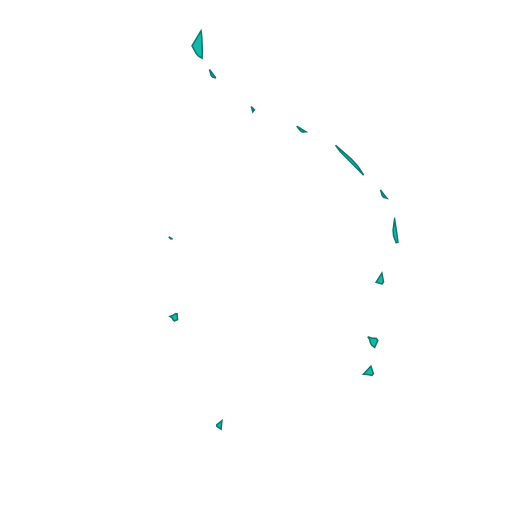 the border of Laamu, rotated 300°
{"feature_id": "MDV-5239", "entity_name": "Laamu", "entity_type": "Atoll", "adm_level": 1, "iso_a3": "MDV", "parent_name": "Maldives", "parent_adm1": "", "projection": "mercator", "projection_center": [73.461, 1.946], "detail": "fine", "context": "isolated", "style": "filled", "palette": "teal", "viewbox_px": 512, "rotation_deg": 300, "n_neighbors": 0, "source": "natural_earth", "source_scale": "10m", "svg_char_len": 1394}
<svg xmlns="http://www.w3.org/2000/svg" viewBox="0 0 512 512"><g transform="rotate(300 256 256)"><path d="M406.0,95.5L423.4,95.8L423.5,95.8L421.6,97.3L418.5,99.6L406.1,107.4L400.3,110.4L400.3,106.4L401.5,102.9L406.0,95.5ZM391.7,269.5L387.6,290.2L384.5,299.8L380.1,308.3L379.8,308.8L388.5,276.8L391.7,269.5ZM357.4,357.5L350.3,363.2L338.9,372.1L338.5,371.8L338.3,371.5L337.8,371.1L337.6,370.7L339.8,368.0L342.0,365.2L346.9,361.8L357.3,357.5L357.4,357.5ZM242.0,393.2L242.0,393.4L242.9,397.7L244.8,401.3L243.8,403.7L242.3,403.9L236.2,404.5L236.6,400.7L237.0,400.0L238.5,398.0L240.7,395.9L242.0,393.2ZM207.4,408.1L207.6,408.2L218.0,410.6L212.8,416.5L210.6,416.1L209.3,412.4L207.4,408.1ZM293.3,373.1L304.1,373.6L297.3,379.4L294.8,379.2L294.0,376.1L293.3,373.1ZM160.6,211.7L163.2,213.9L165.9,215.1L166.5,216.6L161.7,219.9L158.9,217.9L159.2,216.2L160.5,214.2L160.6,211.7ZM96.4,308.8L88.5,312.4L88.9,307.1L90.4,306.4L92.2,307.2L93.1,307.7L96.4,308.8ZM394.3,122.4L390.1,132.1L390.1,132.3L389.2,128.9L390.0,126.7L391.9,124.9L394.3,122.4ZM388.8,226.4L388.5,236.9L388.5,237.1L386.5,234.3L386.6,232.1L388.8,226.4ZM375.5,330.7L375.3,331.0L372.0,338.9L371.5,340.5L370.6,337.2L371.5,335.0L372.1,334.3L373.4,333.1L375.5,330.7ZM383.0,177.2L381.8,181.6L379.3,181.2L379.2,181.2L381.1,179.2L383.0,177.2ZM229.0,170.9L229.0,175.2L228.2,173.5L229.0,170.9Z" fill="#14b8a6" stroke="#0f766e" stroke-width="1.5"/></g></svg>